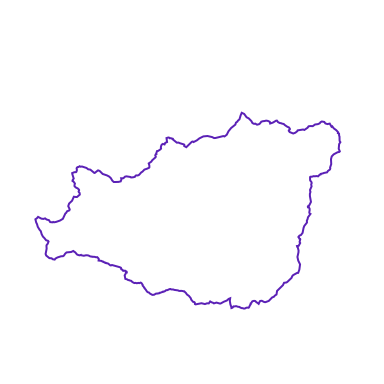 outline of Zlatna, Alba, Romania, rotated 115°
{"feature_id": "2599482B73731992881180", "entity_name": "Zlatna", "entity_type": "district", "adm_level": 2, "iso_a3": "ROU", "parent_name": "Romania", "parent_adm1": "Alba", "projection": "orthographic", "projection_center": [23.215, 46.13], "detail": "fine", "context": "isolated", "style": "outline", "palette": "violet", "viewbox_px": 384, "rotation_deg": 115, "n_neighbors": 0, "source": "geoboundaries", "source_scale": "gbopen_adm2", "svg_char_len": 5970}
<svg xmlns="http://www.w3.org/2000/svg" viewBox="0 0 384 384"><g transform="rotate(115 192 192)"><path d="M282.9,322.4L285.5,320.3L286.6,318.9L288.7,317.1L290.7,314.1L291.4,312.5L293.8,310.4L295.4,308.3L296.1,306.4L297.4,303.8L297.1,301.9L297.5,301.1L299.8,300.9L301.5,301.3L302.2,301.2L304.8,299.8L310.0,298.5L311.2,297.3L312.2,293.3L311.4,291.2L311.8,289.9L311.3,287.9L310.0,287.6L308.2,286.3L305.6,283.5L304.7,281.8L303.7,281.2L301.5,280.9L299.8,280.2L297.4,276.1L295.6,274.7L295.6,274.4L295.9,273.8L296.0,272.4L297.2,269.9L297.2,268.5L296.9,267.1L296.0,266.1L296.2,265.9L295.5,263.1L294.1,261.3L293.4,259.5L293.3,258.2L293.4,257.0L292.8,255.3L292.9,255.1L291.9,252.8L291.7,251.3L291.1,250.4L291.5,249.2L292.2,248.1L293.6,247.7L292.7,244.9L292.9,243.8L292.6,243.4L292.9,242.6L292.7,242.2L292.9,241.0L292.9,240.5L292.6,240.4L292.6,238.9L292.4,238.6L292.3,237.8L293.0,235.0L292.7,234.3L292.0,233.7L290.7,225.9L290.7,224.4L291.8,223.6L292.0,223.2L291.8,222.4L291.9,222.0L292.5,221.4L292.4,220.7L291.6,219.5L291.8,217.6L292.4,217.2L292.7,218.0L293.7,217.6L296.0,217.8L298.9,215.7L298.6,213.8L298.8,212.7L298.4,211.3L298.5,210.8L298.2,209.5L298.8,208.0L298.9,205.8L298.2,204.7L298.0,203.4L297.1,202.3L296.9,201.3L295.8,200.2L295.9,199.3L296.9,197.6L297.1,197.6L297.8,197.0L298.2,195.8L298.7,195.3L299.1,194.3L299.4,194.2L299.9,192.9L301.2,190.8L301.5,189.8L301.3,188.5L301.8,187.3L302.0,184.5L301.2,183.0L299.2,181.6L299.0,181.0L298.6,180.5L298.6,180.3L297.7,179.0L297.2,178.9L297.2,178.6L295.1,176.6L295.0,176.2L294.4,176.1L294.0,175.2L293.3,174.6L292.0,174.0L291.3,172.8L289.5,171.3L289.0,170.5L289.1,169.7L288.3,167.9L288.2,166.7L287.1,163.1L287.1,162.0L286.7,160.9L286.2,160.2L285.6,158.2L285.6,157.5L285.3,157.1L286.1,154.8L287.0,153.3L287.5,150.8L288.8,148.2L289.9,147.2L291.1,144.6L290.8,143.3L291.1,142.7L292.3,142.0L292.3,141.2L288.8,136.4L288.1,132.9L286.5,131.3L285.9,129.7L283.5,129.3L283.7,127.6L283.5,126.2L283.7,125.1L281.9,123.1L281.3,119.5L280.9,118.9L277.9,116.7L275.7,114.6L273.4,113.6L272.2,112.5L274.7,111.7L277.5,109.8L278.8,108.6L279.0,108.2L280.5,107.2L279.7,106.4L278.1,106.0L277.8,105.2L276.8,103.8L276.6,101.9L276.1,100.4L276.3,99.7L276.3,98.5L276.2,97.8L275.9,97.1L275.7,95.6L275.1,94.7L274.1,94.0L273.4,93.1L273.0,91.8L272.6,91.6L269.7,91.6L269.1,91.3L268.2,91.8L267.3,91.3L265.8,91.2L264.9,90.5L264.2,89.2L264.1,88.5L264.7,87.0L264.8,85.8L265.2,84.3L262.4,84.3L261.9,84.1L261.1,82.8L261.2,80.0L260.8,78.9L258.3,76.4L253.7,74.8L252.3,73.5L251.0,73.2L249.2,72.1L245.7,73.1L238.0,70.2L235.4,70.2L234.1,68.2L233.2,67.6L227.8,65.5L225.9,65.6L224.6,65.2L221.0,62.6L220.4,61.6L217.0,61.9L211.9,63.5L209.3,66.7L206.3,69.0L201.7,70.0L200.0,70.7L197.4,72.8L197.3,73.4L196.6,74.0L195.7,72.6L192.5,72.4L191.8,73.4L189.1,73.9L188.8,74.2L188.9,75.1L188.2,75.7L188.0,76.4L187.6,76.6L186.0,76.1L185.0,75.1L182.3,74.5L177.5,75.7L175.4,75.9L171.1,74.9L169.4,75.8L167.7,75.8L165.9,76.2L161.9,75.4L161.9,75.9L161.4,76.7L160.9,77.1L158.7,77.7L157.4,78.4L156.6,79.5L156.9,80.4L156.4,80.8L155.3,80.7L154.9,80.1L150.7,80.0L145.9,83.4L143.8,84.4L141.8,84.7L141.4,85.2L140.2,85.9L136.4,86.0L134.7,87.2L133.3,87.3L132.4,88.1L131.7,89.6L131.3,90.0L128.6,91.3L128.1,91.1L127.4,89.7L126.2,88.4L125.9,87.4L124.9,85.8L124.5,84.3L122.6,83.7L121.7,82.8L121.2,83.0L119.7,81.1L119.0,80.5L117.1,77.9L115.5,77.7L113.3,76.5L112.3,76.6L111.4,77.2L107.9,77.6L103.5,79.9L100.7,80.4L98.0,79.5L94.5,76.9L93.4,75.4L92.7,75.2L90.8,77.3L86.4,78.9L84.1,78.6L83.6,79.5L82.8,80.1L79.5,81.7L78.7,82.5L77.0,83.4L76.9,83.9L77.0,84.6L76.1,84.8L75.0,87.4L74.4,90.4L73.2,92.7L73.9,93.1L71.8,96.1L73.2,97.9L73.5,100.1L72.6,101.7L73.2,104.1L74.4,105.0L75.8,105.3L77.3,106.6L78.8,109.0L81.3,110.4L82.2,112.6L83.2,114.1L84.9,114.4L88.3,116.4L88.4,117.7L91.5,122.3L92.4,122.3L94.6,123.4L96.2,125.0L96.4,128.8L95.6,130.2L95.1,130.3L94.0,129.8L93.5,129.9L93.1,130.4L92.5,131.5L92.6,133.1L92.1,136.2L91.6,137.6L92.0,139.4L92.0,140.3L92.4,141.6L92.3,143.6L91.4,145.2L91.8,145.9L95.0,148.1L96.9,150.1L95.5,151.2L95.5,153.3L96.0,155.0L97.0,156.2L97.9,157.7L99.0,158.9L101.3,159.4L102.2,159.9L103.5,161.5L103.3,163.6L104.0,164.5L104.0,166.3L102.6,168.2L101.3,171.7L101.2,174.1L99.2,177.7L99.2,180.4L102.0,180.3L106.1,179.7L108.1,180.6L109.0,180.6L110.6,181.5L112.6,181.2L117.5,183.6L121.5,184.6L125.4,184.7L127.9,186.0L128.1,187.3L133.1,193.5L133.8,194.8L133.7,196.9L134.7,201.6L136.8,205.2L140.3,208.0L143.1,209.4L146.1,211.7L145.9,212.6L146.6,213.4L153.8,216.1L153.6,218.5L152.4,219.0L152.3,219.4L152.9,223.6L152.9,225.1L153.7,226.6L152.3,232.1L151.9,232.1L152.2,234.0L152.7,234.9L152.4,235.4L152.6,236.5L153.9,237.9L157.3,235.7L158.7,237.0L160.5,237.0L160.7,238.7L161.8,239.4L162.8,239.5L164.5,239.2L165.7,238.4L166.6,238.6L169.0,240.0L169.7,241.0L172.1,240.7L172.6,240.3L173.1,240.8L174.3,240.8L175.2,239.8L175.9,239.7L180.1,241.5L181.7,241.7L184.4,243.3L185.8,242.0L187.5,241.1L188.1,241.1L189.9,242.6L191.8,244.6L194.5,245.5L195.7,246.3L198.8,247.2L199.9,248.1L200.6,249.7L201.4,250.1L202.4,250.2L203.5,251.5L204.6,253.4L204.4,254.1L205.5,258.0L206.4,259.2L208.5,260.0L209.5,262.0L210.3,261.3L212.5,261.1L214.0,263.0L216.0,267.1L215.4,269.0L213.7,271.5L213.0,273.7L212.9,276.1L213.4,280.6L212.0,284.4L212.0,285.9L212.2,286.4L215.8,288.2L216.0,288.6L214.7,293.6L215.3,295.7L214.8,297.8L215.4,302.5L216.2,303.7L216.1,304.7L217.4,305.5L217.6,306.0L218.5,306.6L219.3,306.6L220.7,305.6L222.4,305.3L223.0,305.5L223.8,307.0L225.5,308.6L226.4,308.0L229.8,304.9L231.5,305.2L232.5,305.0L232.6,304.6L232.4,304.2L233.8,301.7L235.5,301.4L236.5,300.8L237.1,298.7L237.0,297.3L237.6,295.5L238.0,295.1L239.4,295.0L239.9,294.6L240.4,293.4L241.8,292.6L245.1,294.1L245.6,295.1L246.2,297.1L250.6,297.0L254.4,298.5L257.1,298.2L259.4,295.5L260.5,295.4L262.3,297.1L264.0,297.2L265.0,297.7L270.9,297.7L273.7,299.6L276.6,302.6L277.8,304.3L277.8,305.2L278.5,305.7L279.2,307.8L278.0,309.7L278.4,312.2L278.0,314.0L279.2,315.3L279.8,317.2L279.6,321.0L281.4,321.5L282.9,322.4Z" fill="none" stroke="#5b21b6" stroke-width="2"/></g></svg>